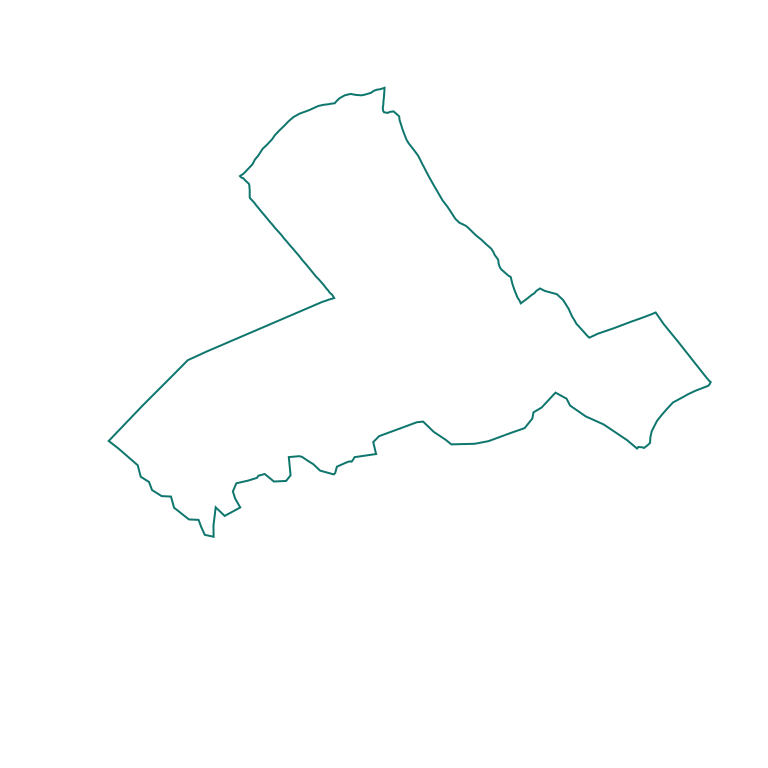 outline of Al-Kut, Wasit, Iraq, rotated 311°
{"feature_id": "34846034B69182583813986", "entity_name": "Al-Kut", "entity_type": "district", "adm_level": 2, "iso_a3": "IRQ", "parent_name": "Iraq", "parent_adm1": "Wasit", "projection": "orthographic", "projection_center": [46.232, 32.471], "detail": "fine", "context": "isolated", "style": "outline", "palette": "teal", "viewbox_px": 768, "rotation_deg": 311, "n_neighbors": 0, "source": "geoboundaries", "source_scale": "gbopen_adm2", "svg_char_len": 3250}
<svg xmlns="http://www.w3.org/2000/svg" viewBox="0 0 768 768"><g transform="rotate(311 384 384)"><path d="M599.8,629.3L599.8,626.8L600.8,620.8L603.6,605.9L608.9,577.9L612.7,555.8L616.2,542.1L611.9,540.0L604.6,536.1L593.3,529.7L576.6,520.7L562.5,512.5L553.7,508.6L553.7,505.9L554.7,498.3L555.7,489.5L556.8,486.7L558.5,481.3L561.9,474.0L564.9,464.0L565.2,455.5L562.8,450.6L559.7,444.2L558.5,439.1L554.4,437.9L551.3,437.9L547.9,437.0L542.8,436.1L534.6,434.3L535.9,431.5L536.9,427.9L540.0,421.8L541.0,420.0L543.5,415.7L545.8,412.4L547.9,409.4L547.4,406.6L547.4,403.3L547.4,398.1L547.4,397.2L548.4,394.2L550.4,391.1L552.7,388.7L554.0,382.9L555.5,379.6L556.5,376.0L556.5,369.0L556.8,362.9L556.5,355.9L557.2,344.1L557.0,341.7L556.2,338.6L555.2,335.3L555.4,329.8L559.5,315.3L561.0,307.7L566.6,291.3L570.1,281.5L575.2,268.5L578.7,260.0L580.3,252.7L581.8,244.8L583.0,241.1L584.3,238.4L587.9,231.7L593.4,222.6L595.7,220.2L596.0,219.3L596.0,216.2L596.0,212.3L595.2,211.7L593.2,209.9L591.1,209.0L590.1,207.4L589.1,205.9L589.6,204.1L590.3,203.2L591.9,201.7L594.1,200.4L597.2,198.0L601.5,195.0L602.6,194.1L604.8,192.5L607.9,190.1L604.3,188.0L601.5,185.6L598.7,184.0L595.1,183.1L589.5,179.5L586.9,177.4L583.4,172.6L581.1,168.6L576.2,165.0L570.3,162.9L566.0,162.6L563.5,162.6L561.2,160.5L558.9,158.7L554.8,155.0L550.7,152.0L541.5,147.8L532.6,142.9L526.0,140.5L519.6,139.6L513.7,139.3L506.9,138.7L500.0,138.4L495.4,139.0L487.5,138.7L481.9,138.1L473.5,139.3L468.9,139.3L463.6,140.6L456.7,140.3L450.6,140.0L446.4,138.9L446.3,139.8L446.3,141.3L447.0,142.9L446.6,145.8L446.5,148.4L446.5,150.5L446.4,150.8L445.7,151.9L443.6,154.0L442.4,155.3L439.4,157.9L437.1,159.9L436.3,160.9L436.3,161.9L436.1,163.3L435.9,165.4L435.6,167.9L435.0,170.2L434.7,172.4L433.6,178.5L433.0,182.6L432.3,187.0L431.5,191.5L431.0,195.5L430.3,199.1L429.5,206.0L429.0,209.7L428.3,212.8L427.8,216.9L426.9,222.2L426.4,226.5L425.9,229.2L425.1,235.2L423.9,241.4L423.0,247.7L421.6,255.9L420.5,262.2L420.2,266.1L419.2,273.4L418.3,277.7L418.0,280.2L417.8,281.4L417.3,283.0L417.4,285.5L417.3,286.4L416.6,288.8L416.2,290.0L414.5,289.0L411.5,287.0L408.0,285.1L405.6,283.6L292.7,229.1L273.3,220.3L247.3,218.6L210.1,216.0L160.4,213.6L161.1,225.7L161.1,251.5L154.4,261.2L155.9,270.9L151.8,278.5L153.5,289.7L159.3,297.1L152.9,306.7L153.8,325.5L154.5,326.5L159.8,333.2L156.2,339.8L152.6,347.7L156.9,355.6L165.4,348.1L180.5,337.9L179.9,350.3L196.5,356.5L199.9,346.8L203.8,340.4L212.2,337.7L221.9,344.8L229.8,349.7L232.4,349.4L237.8,353.0L238.2,364.9L246.6,373.7L253.8,373.4L266.4,360.1L274.0,367.5L275.2,369.9L276.0,376.0L276.0,376.5L277.1,383.3L276.7,392.6L282.8,405.4L284.7,405.6L290.7,402.7L299.5,406.8L303.0,408.7L304.1,410.5L306.8,410.3L309.5,409.8L326.0,424.0L327.0,422.5L333.1,414.0L341.4,414.5L376.7,433.9L381.3,438.2L380.5,452.8L382.4,467.6L382.6,474.4L398.4,491.7L409.5,500.4L429.9,511.6L443.0,519.1L455.3,518.6L460.7,515.4L469.6,518.4L490.0,519.1L492.7,531.4L489.8,538.6L491.9,557.5L497.6,576.4L501.1,604.4L501.3,616.5L501.3,617.3L503.3,617.3L505.6,620.3L506.3,622.2L510.7,623.1L514.3,623.4L515.6,622.2L519.0,619.7L524.1,617.0L535.4,614.2L542.9,613.9L550.6,613.9L559.6,614.2L571.5,618.7L575.1,619.9L583.3,623.5L595.4,629.9L597.5,629.9L599.8,629.3Z" fill="none" stroke="#0f766e" stroke-width="2"/></g></svg>